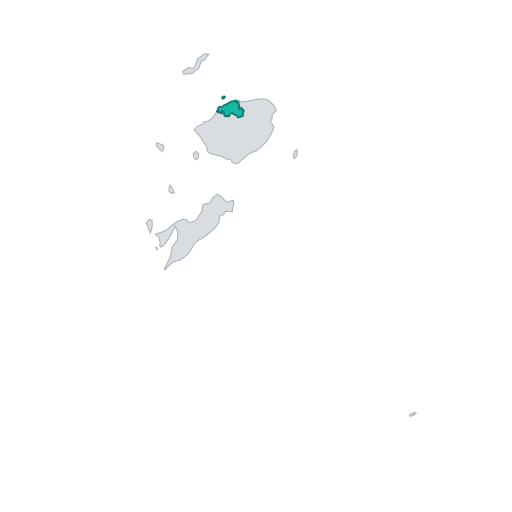 Serua, Central, Fiji (highlighted), rotated 158°
{"feature_id": "14151628B68154180840071", "entity_name": "Serua", "entity_type": "district", "adm_level": 2, "iso_a3": "FJI", "parent_name": "Fiji", "parent_adm1": "Central", "projection": "albers", "projection_center": [177.939, -18.195], "detail": "fine", "context": "in_parent", "style": "filled", "palette": "teal", "viewbox_px": 512, "rotation_deg": 158, "n_neighbors": 0, "source": "geoboundaries", "source_scale": "gbopen_adm2", "svg_char_len": 6246}
<svg xmlns="http://www.w3.org/2000/svg" viewBox="0 0 512 512"><g transform="rotate(158 256 256)"><path d="M243.1,352.3L243.1,355.0L244.9,356.2L246.6,356.4L250.9,361.7L257.5,366.2L261.5,369.7L261.8,372.6L260.5,375.8L262.2,381.3L263.0,387.1L265.9,396.3L261.8,398.1L255.2,398.3L253.7,399.9L251.5,399.0L246.1,399.7L240.9,402.7L236.0,406.8L230.3,406.8L223.9,407.6L217.5,407.1L213.0,404.9L205.1,402.5L194.5,400.5L190.2,398.8L186.5,396.1L183.1,389.4L182.6,386.0L183.1,382.8L186.2,381.8L188.8,380.1L189.1,378.0L190.3,376.5L191.7,376.0L192.5,375.0L191.4,371.6L191.1,368.4L197.2,362.7L203.9,357.8L215.8,353.3L223.0,353.7L234.1,350.3L237.7,348.6L241.2,349.6L243.1,352.3ZM345.8,278.3L336.7,286.5L333.4,290.7L330.6,295.4L322.9,300.4L319.6,307.1L319.7,314.0L327.5,306.9L336.1,301.1L338.7,300.0L341.4,300.1L341.2,302.0L339.9,304.0L338.9,309.2L341.1,314.0L334.8,313.5L328.5,313.8L321.0,316.4L313.6,317.6L310.9,317.6L308.3,316.6L306.5,315.2L305.2,312.0L303.9,311.5L298.0,311.7L289.3,317.9L286.3,323.2L283.0,323.4L279.0,322.3L274.2,326.4L268.5,327.8L266.0,324.3L264.5,320.1L262.4,316.9L256.1,316.1L257.1,312.3L258.8,310.7L260.3,308.4L261.3,305.8L264.3,307.5L267.4,308.6L270.8,306.6L274.4,306.5L278.1,300.8L283.7,297.3L291.5,294.5L299.5,292.6L303.6,292.2L307.5,291.1L314.5,285.8L319.0,283.1L324.0,281.5L328.8,280.6L333.2,281.5L336.7,281.1L345.8,277.4L345.8,278.3ZM255.1,451.7L255.1,454.4L247.6,456.1L245.0,453.9L243.4,453.5L238.9,457.4L237.6,459.0L237.2,460.2L236.0,460.8L227.7,462.7L224.1,460.8L226.6,459.5L229.6,457.0L232.6,457.4L235.7,455.0L238.7,451.4L243.1,450.6L246.1,449.2L251.2,450.3L255.1,451.7ZM345.3,327.6L340.8,329.9L339.1,327.6L341.2,322.2L345.4,316.6L345.3,321.1L345.3,327.6ZM306.1,397.9L305.6,398.4L300.5,393.4L300.7,391.5L301.6,389.7L303.6,388.1L305.5,390.9L306.9,395.6L306.1,397.9ZM275.4,374.6L272.4,375.6L270.7,371.9L273.1,368.1L275.7,367.7L276.9,371.6L275.4,374.6ZM310.8,352.3L308.8,354.0L307.9,345.4L310.0,345.5L311.4,346.4L312.3,348.6L310.8,352.3ZM181.2,338.4L178.1,339.5L179.7,334.5L181.4,333.0L182.5,332.6L184.3,332.3L183.6,335.8L181.2,338.4ZM173.2,51.1L170.8,51.7L167.0,51.2L166.2,50.2L167.4,50.0L169.9,49.3L173.0,49.6L173.5,50.3L173.2,51.1ZM345.6,301.4L344.8,301.4L344.7,300.3L345.6,298.2L345.6,301.4Z" fill="#d9dde1" stroke="#a8b0b8" stroke-width="1"/><path d="M221.0,391.2L220.9,391.1L220.7,391.1L220.4,391.1L220.2,391.2L219.7,390.9L219.4,390.9L219.2,390.9L219.1,391.1L218.8,391.0L218.7,391.0L218.8,390.9L218.6,390.7L218.3,390.8L218.0,390.9L217.9,391.0L217.5,391.0L217.3,390.9L217.0,390.7L216.9,390.7L216.7,390.5L216.2,390.5L215.8,390.7L215.8,390.8L215.7,391.0L215.4,391.3L215.2,391.4L215.0,391.6L215.1,391.9L215.1,392.0L215.0,392.3L214.8,392.4L214.8,392.5L215.0,392.8L214.9,392.8L214.8,393.1L214.8,393.4L214.8,393.5L214.6,393.7L214.4,393.8L213.9,393.9L213.8,394.2L213.5,394.4L213.6,394.6L213.6,394.8L213.4,394.8L213.3,395.0L213.1,395.0L212.8,395.3L213.2,395.7L213.4,395.8L213.2,396.1L213.4,396.1L213.4,396.3L213.4,396.5L213.5,396.5L213.4,396.7L213.7,396.8L213.8,396.9L213.9,397.1L213.9,397.5L214.1,397.7L214.1,397.9L214.0,398.1L213.9,398.1L214.0,398.4L214.0,398.5L214.0,398.4L214.1,398.5L213.9,398.7L214.2,398.9L214.4,398.9L214.5,398.8L214.8,398.8L215.0,399.0L215.0,398.9L215.4,398.7L215.6,398.7L216.0,398.6L216.2,398.8L216.4,398.7L216.5,398.8L216.8,398.9L217.0,398.8L217.0,399.2L216.7,399.4L216.7,399.7L216.6,399.8L216.5,400.0L216.4,400.1L216.3,400.4L216.2,400.4L216.1,400.5L215.7,401.0L215.3,401.2L215.1,401.6L215.4,402.0L215.0,402.4L214.9,402.5L214.9,402.8L215.0,403.1L214.9,403.2L215.0,403.4L215.1,403.5L215.1,403.8L214.9,404.0L214.8,404.3L214.9,404.6L214.8,404.8L214.7,405.0L214.5,405.3L214.6,405.6L214.3,405.8L214.2,406.0L214.5,406.0L214.8,406.0L215.2,406.0L215.4,406.2L215.7,406.3L215.7,406.2L215.9,406.2L216.0,406.1L216.2,405.9L216.3,405.7L216.5,405.7L216.5,405.9L216.5,406.0L216.9,405.9L216.9,406.1L217.0,406.2L216.9,406.2L216.8,406.3L216.7,406.4L216.6,406.2L216.4,406.4L216.5,406.4L216.5,406.5L216.4,406.6L216.4,406.8L216.5,406.9L216.5,407.0L215.9,406.9L215.8,407.5L217.3,408.2L218.5,408.2L219.0,407.8L219.9,408.5L221.3,408.6L222.3,408.6L222.7,408.2L222.9,407.8L223.7,408.3L224.8,408.2L225.3,407.8L225.5,408.0L225.8,408.1L226.4,407.7L226.5,407.4L226.6,407.5L226.9,407.5L227.0,407.6L227.2,407.8L227.4,407.9L227.7,407.8L228.2,407.9L228.9,408.0L230.0,407.6L230.5,407.3L231.4,406.9L231.9,406.8L232.7,407.5L233.4,407.7L233.5,408.1L233.9,408.1L234.3,408.0L234.9,408.0L235.4,407.7L235.6,407.4L235.8,407.3L236.0,406.6L236.5,406.2L236.7,405.9L236.9,405.7L237.2,405.6L238.2,404.9L238.2,404.7L237.8,404.6L237.7,404.6L237.7,404.4L237.5,404.7L237.4,404.7L237.3,404.4L237.2,404.4L236.9,404.1L236.9,403.9L236.8,404.0L236.7,404.1L236.6,404.3L236.4,404.3L236.3,403.9L236.1,403.4L236.0,402.7L235.7,402.5L235.5,402.8L235.1,402.6L234.9,402.3L234.7,402.4L234.8,402.2L234.7,402.1L234.8,401.9L234.7,401.8L234.8,401.7L234.7,401.7L234.7,401.8L234.7,401.7L234.6,401.4L234.4,401.2L234.2,400.9L233.8,401.0L233.8,401.3L234.1,401.4L233.6,402.0L233.0,402.6L233.1,402.9L232.9,403.1L232.7,403.2L232.4,403.0L232.2,402.7L232.3,402.1L231.7,401.3L232.5,399.8L232.5,399.5L232.5,399.4L232.5,399.2L232.5,398.9L232.7,398.7L232.5,398.4L232.5,398.2L232.6,397.9L232.3,397.8L232.2,397.7L232.4,397.6L232.4,397.3L232.2,397.1L231.8,397.2L231.7,396.9L231.6,396.7L231.4,396.6L231.3,396.8L231.0,396.8L230.9,397.0L230.8,396.9L230.8,397.1L230.6,397.0L230.4,397.1L230.2,396.6L230.2,396.4L230.1,396.2L229.9,396.1L229.7,396.1L229.7,395.9L229.6,395.7L229.4,395.7L229.2,395.5L228.9,395.5L228.7,395.6L228.3,395.8L228.2,395.8L228.1,396.0L228.1,396.3L227.9,396.4L227.9,396.5L227.5,396.8L227.3,396.8L227.2,397.1L226.5,397.1L226.5,397.3L226.2,397.6L225.9,397.8L225.5,397.8L225.1,397.7L224.5,397.7L224.1,397.5L224.0,397.4L224.3,396.9L224.2,396.6L224.2,396.4L224.0,396.1L223.4,395.8L223.4,395.7L223.2,395.6L223.0,395.4L222.9,395.3L223.0,395.0L222.9,394.7L222.6,394.6L222.4,394.6L222.0,394.6L221.9,394.6L221.7,394.5L221.7,394.4L221.6,394.1L221.8,394.0L221.8,393.8L221.6,393.7L221.4,393.5L221.2,393.3L221.1,393.2L221.0,392.9L221.0,392.7L220.9,392.6L221.0,392.0L221.0,391.9L220.8,391.7L220.9,391.3L221.0,391.2ZM228.2,415.7L228.4,415.0L228.2,414.4L227.5,414.1L225.9,414.4L225.2,414.9L225.1,415.5L225.7,416.1L226.9,416.2L228.2,415.7Z" fill="#14b8a6" stroke="#0f766e" stroke-width="1.5"/></g></svg>